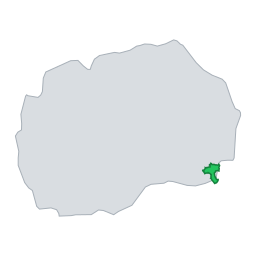 Dojran, Dojran, North Macedonia (highlighted)
{"feature_id": "65306769B30499724495111", "entity_name": "Dojran", "entity_type": "district", "adm_level": 2, "iso_a3": "MKD", "parent_name": "North Macedonia", "parent_adm1": "Dojran", "projection": "albers", "projection_center": [22.692, 41.225], "detail": "fine", "context": "in_parent", "style": "filled", "palette": "green", "viewbox_px": 256, "rotation_deg": 0, "n_neighbors": 0, "source": "geoboundaries", "source_scale": "gbopen_adm2", "svg_char_len": 2161}
<svg xmlns="http://www.w3.org/2000/svg" viewBox="0 0 256 256"><path d="M114.6,52.4L119.5,53.1L130.1,50.2L136.7,46.1L140.0,45.5L144.5,44.0L150.9,44.3L157.3,46.1L165.6,43.8L173.7,39.9L177.0,40.9L180.5,44.3L182.8,45.2L196.2,62.7L203.5,69.9L212.2,75.2L222.2,79.2L225.7,82.9L232.1,101.6L235.2,108.6L239.4,110.7L240.5,112.8L240.6,115.5L235.9,128.6L234.1,158.0L232.9,160.3L227.9,160.2L221.2,160.8L218.7,163.1L216.0,178.9L205.2,183.4L195.5,185.9L187.2,185.4L172.8,181.5L168.1,181.1L164.0,183.2L151.1,184.3L145.4,187.0L131.9,205.3L118.4,211.5L113.7,214.7L103.4,210.5L98.5,210.0L91.3,214.6L75.6,214.8L71.3,215.6L59.2,216.1L58.8,213.5L56.6,209.7L51.0,207.9L39.5,209.1L36.7,206.3L32.4,190.5L28.7,187.9L24.7,182.6L18.2,165.4L18.2,157.9L18.8,151.4L15.4,136.0L17.8,132.2L21.5,129.9L21.7,123.7L20.9,114.3L25.6,96.1L26.7,94.8L27.8,95.7L38.0,97.4L40.7,95.1L42.4,91.6L43.3,78.1L45.8,72.0L70.7,60.7L77.9,60.4L83.3,65.9L87.7,69.4L90.3,69.4L91.3,65.9L94.4,59.2L99.5,55.5L114.5,52.4L114.6,52.4Z" fill="#d9dde1" stroke="#a8b0b8" stroke-width="1"/><path d="M210.6,178.2L210.9,178.4L211.4,178.8L211.5,179.1L211.7,179.7L211.8,179.9L212.3,180.4L212.6,180.8L213.2,181.5L213.6,182.0L213.8,182.3L214.0,182.5L214.2,182.9L214.5,183.2L214.8,183.5L215.5,183.0L215.9,182.9L216.2,182.9L216.4,182.8L216.6,182.7L216.9,182.3L217.6,181.2L218.0,180.7L218.1,179.5L216.7,179.5L215.9,178.6L215.8,177.8L215.3,177.5L215.3,177.1L214.8,176.2L214.3,173.1L215.5,171.8L215.6,171.0L217.8,170.5L218.9,171.0L219.1,169.1L219.2,168.4L218.9,168.0L218.8,167.6L218.9,167.2L219.2,166.6L219.4,166.2L219.6,165.5L219.6,165.4L219.4,165.1L219.1,164.9L218.8,164.2L218.0,165.1L217.5,165.2L216.0,164.8L215.3,165.0L213.9,164.3L213.0,164.7L211.9,164.5L211.6,163.7L210.8,163.3L210.4,164.6L209.8,164.5L209.4,165.0L209.6,165.2L209.8,165.0L210.0,165.4L210.1,166.9L208.9,167.0L207.4,167.6L207.0,167.4L206.3,167.9L205.3,167.6L205.4,167.9L205.2,168.5L204.1,170.1L202.8,170.2L202.7,170.5L203.0,171.1L204.0,171.8L203.9,172.1L204.8,173.5L205.0,173.2L205.7,173.3L206.1,173.0L208.1,173.1L208.2,172.6L210.6,173.9L210.7,174.6L211.2,174.7L211.2,175.1L210.9,176.5L211.2,177.3L210.6,178.2Z" fill="#22c55e" stroke="#15803d" stroke-width="1.5"/></svg>